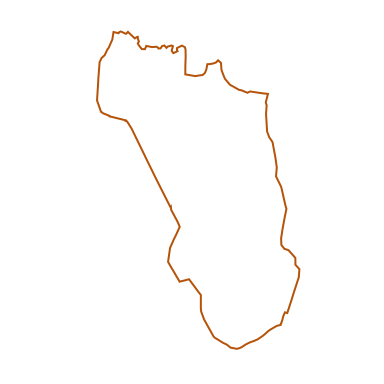 the district of Fuamah, Bong, Liberia, rotated 288°
{"feature_id": "62588387B99058243343156", "entity_name": "Fuamah", "entity_type": "district", "adm_level": 2, "iso_a3": "LBR", "parent_name": "Liberia", "parent_adm1": "Bong", "projection": "orthographic", "projection_center": [-10.257, 6.963], "detail": "fine", "context": "isolated", "style": "outline", "palette": "amber", "viewbox_px": 384, "rotation_deg": 288, "n_neighbors": 0, "source": "geoboundaries", "source_scale": "gbopen_adm2", "svg_char_len": 2832}
<svg xmlns="http://www.w3.org/2000/svg" viewBox="0 0 384 384"><g transform="rotate(288 192 192)"><path d="M238.4,90.1L238.7,93.3L239.7,107.1L239.4,107.2L239.1,107.1L239.1,107.4L239.1,108.4L233.6,115.0L213.9,134.0L207.0,140.6L205.7,141.9L193.4,153.8L173.9,173.2L171.4,175.7L172.0,176.2L168.6,177.7L159.4,187.3L155.1,191.1L154.2,191.0L146.4,190.1L141.7,189.4L132.1,188.4L122.9,190.0L118.2,190.8L117.7,191.3L114.0,195.4L110.3,199.6L109.3,200.8L107.0,203.3L103.4,207.4L102.9,207.9L103.0,208.0L105.6,212.3L106.1,213.0L108.1,216.2L98.8,229.2L98.5,229.7L96.8,232.2L96.7,232.3L84.2,236.3L81.1,237.7L78.9,239.4L74.4,243.0L61.2,257.2L60.5,258.7L60.3,259.3L60.1,260.0L60.0,260.8L58.2,267.8L57.6,272.3L55.9,276.8L56.4,280.7L56.5,281.6L56.7,283.1L58.3,285.6L60.0,287.4L60.9,288.1L63.1,289.8L65.8,292.4L67.3,294.1L68.1,295.1L69.2,296.7L72.3,300.1L76.8,303.6L80.1,305.7L83.6,307.7L86.0,309.6L89.2,312.5L90.6,313.7L91.5,315.0L93.1,317.5L94.4,317.1L94.8,317.4L97.4,317.5L102.6,317.2L103.3,317.3L106.3,317.6L106.3,320.0L121.1,320.0L127.1,319.9L133.1,319.9L144.0,319.9L144.4,319.8L151.8,318.0L154.8,312.8L157.5,311.9L157.9,311.8L161.3,310.6L166.2,302.2L166.5,301.8L166.5,301.1L166.5,297.4L167.0,296.7L169.2,293.4L172.1,292.3L175.7,291.0L179.1,290.5L185.1,289.5L197.3,287.9L200.2,287.6L205.2,287.0L208.7,284.6L209.0,284.5L210.1,283.8L223.9,275.6L225.3,274.4L232.8,267.1L237.4,266.0L241.4,265.1L243.1,264.3L250.3,260.8L261.5,254.7L264.3,253.2L267.9,248.6L269.5,247.3L272.8,244.7L280.2,241.8L285.3,239.8L286.5,239.3L290.1,238.0L297.3,236.3L300.0,234.5L308.8,233.9L307.8,229.3L307.6,228.3L306.3,220.6L305.6,216.3L303.5,214.0L304.0,207.5L303.7,205.2L305.5,196.1L305.6,195.8L305.7,195.0L309.8,188.4L312.1,186.4L317.2,182.3L323.7,179.7L325.3,176.1L322.6,174.8L320.8,172.5L319.0,169.1L318.3,167.1L312.7,167.8L309.3,167.5L306.6,166.0L305.0,162.7L303.2,159.2L301.8,149.3L308.0,147.3L309.9,146.7L318.9,144.1L324.4,142.2L325.4,141.9L326.6,141.1L327.5,140.5L328.1,137.2L327.8,136.9L327.5,136.5L324.2,133.2L322.9,133.7L322.2,134.0L321.5,134.7L319.7,132.9L318.3,131.3L320.1,129.0L324.8,128.8L325.0,127.3L324.7,126.9L323.5,125.0L322.9,124.0L321.2,123.2L322.8,120.5L322.6,120.2L321.6,118.5L318.9,117.7L318.6,117.0L318.4,116.4L318.2,116.0L318.1,115.7L318.8,115.0L319.2,113.4L317.5,109.3L317.1,106.0L316.8,103.4L315.9,103.4L314.7,103.2L313.3,103.1L312.4,100.1L315.2,95.9L315.9,95.2L316.6,94.5L318.8,95.0L318.9,94.9L320.6,93.4L320.8,93.3L322.8,92.5L322.6,92.0L322.0,91.4L320.4,90.1L323.2,84.3L324.2,82.1L324.5,81.6L323.3,81.1L322.7,80.8L322.0,80.2L322.3,78.0L322.6,75.2L322.6,74.5L321.5,73.4L320.3,73.1L319.9,67.9L312.5,69.1L311.4,69.0L304.2,68.3L303.4,68.2L301.4,67.5L295.2,66.7L291.5,64.6L286.9,64.0L269.6,68.2L268.7,68.5L249.7,73.4L240.5,80.4L240.2,80.5L240.2,81.0L239.4,82.9L238.9,90.0L238.6,90.0L238.4,90.1Z" fill="none" stroke="#b45309" stroke-width="2"/></g></svg>